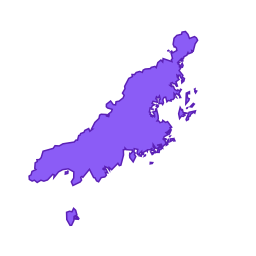 Dinagat Islands, Surigao del Norte, Philippines (Mercator projection), rotated 232°
{"feature_id": "2640588B17428979589921", "entity_name": "Dinagat Islands", "entity_type": "district", "adm_level": 2, "iso_a3": "PHL", "parent_name": "Philippines", "parent_adm1": "Surigao del Norte", "projection": "mercator", "projection_center": [125.572, 10.162], "detail": "fine", "context": "isolated", "style": "filled", "palette": "violet", "viewbox_px": 256, "rotation_deg": 232, "n_neighbors": 0, "source": "geoboundaries", "source_scale": "gbopen_adm2", "svg_char_len": 5943}
<svg xmlns="http://www.w3.org/2000/svg" viewBox="0 0 256 256"><g transform="rotate(232 128 128)"><path d="M148.1,225.1L149.8,225.9L148.4,226.7L152.9,232.6L154.3,236.9L156.9,237.4L159.1,236.7L160.7,231.6L164.9,232.9L168.7,232.7L170.3,229.6L168.9,227.9L170.9,223.5L170.4,219.6L166.2,215.1L163.3,214.3L163.0,215.2L161.2,215.4L159.0,214.2L160.1,207.9L155.4,205.9L155.1,204.2L153.3,203.5L161.1,198.4L158.7,196.0L161.3,195.8L161.2,191.8L158.2,187.4L159.9,187.2L161.5,183.6L161.0,182.3L163.9,177.8L164.3,175.6L163.0,173.5L165.4,172.0L166.7,168.6L166.1,166.0L167.7,164.1L165.8,163.1L166.6,159.1L162.9,151.0L160.8,149.8L158.9,145.1L156.1,145.1L154.7,142.6L154.7,137.5L156.1,134.8L153.9,132.4L155.5,130.8L160.0,130.9L160.0,125.6L158.1,124.0L156.4,124.2L152.4,127.0L151.1,125.0L151.0,119.9L149.9,121.1L148.9,119.8L150.7,118.4L152.1,119.1L155.4,115.3L155.6,113.6L153.4,111.0L152.8,105.3L149.6,98.5L148.9,99.3L148.9,95.9L151.8,96.7L152.7,92.5L151.7,90.6L152.8,87.3L151.9,85.6L152.4,84.5L149.5,80.7L150.5,79.7L150.1,76.9L155.6,67.0L156.2,62.8L159.0,59.6L158.0,56.5L162.0,46.8L158.1,41.3L157.7,38.7L159.1,36.7L157.4,35.9L157.7,33.4L153.6,29.7L151.9,29.9L152.9,25.6L150.8,22.8L151.0,20.4L148.2,18.6L145.2,19.8L144.5,22.1L141.0,22.9L140.5,27.2L137.9,29.0L136.6,32.6L137.8,40.1L136.4,40.9L134.5,39.0L136.2,46.2L135.4,50.9L132.6,55.8L126.8,58.3L122.0,54.4L120.5,50.2L116.6,49.2L114.9,57.0L115.5,59.3L118.3,60.4L118.2,61.9L116.9,62.1L119.2,72.2L110.1,70.4L109.1,71.3L105.7,70.7L103.7,71.7L105.4,76.4L103.7,79.6L104.1,81.9L107.0,82.8L105.2,84.4L109.0,85.3L109.7,83.4L111.1,83.0L111.5,83.8L110.2,85.2L111.8,86.1L109.2,87.5L106.1,87.4L108.3,88.9L105.2,89.4L106.4,98.3L103.7,98.0L103.1,99.5L109.5,107.9L113.7,110.9L112.8,112.4L114.0,113.3L111.8,113.5L108.0,117.8L106.5,116.8L106.1,114.1L106.9,113.8L105.6,112.5L103.5,111.2L98.1,111.2L100.7,116.6L103.2,116.8L103.8,118.3L105.5,118.0L107.9,120.2L105.1,122.5L102.5,119.4L100.6,119.5L101.2,124.4L98.5,122.5L98.8,120.1L97.6,121.0L98.6,121.9L98.0,123.5L99.4,124.5L98.8,128.9L97.7,128.8L98.8,130.0L97.2,132.1L97.3,134.7L95.9,132.3L94.7,134.7L95.3,136.5L97.6,136.2L99.5,137.7L95.4,137.4L93.6,138.3L94.2,141.7L95.6,141.9L96.6,140.2L95.0,143.7L93.3,142.1L92.6,142.4L93.3,143.6L92.3,143.1L92.3,142.4L93.5,140.4L91.1,135.7L89.6,137.5L91.5,139.6L90.8,140.8L91.6,142.3L90.6,142.8L92.0,143.6L92.3,148.4L95.6,149.4L95.4,151.6L97.2,148.3L97.1,150.1L97.8,149.2L98.9,151.3L98.1,155.7L101.0,155.1L100.5,157.3L97.9,157.3L100.2,161.4L100.1,157.9L100.8,157.9L101.2,161.2L102.3,161.3L101.8,162.9L108.7,163.1L109.2,161.1L112.6,160.1L111.6,159.0L112.5,156.5L114.8,156.6L115.7,155.3L116.4,157.4L119.2,159.3L125.6,162.2L126.0,161.4L124.1,160.0L125.3,157.4L122.4,157.2L121.3,156.5L122.6,156.1L122.1,156.0L122.1,155.5L121.6,155.4L123.4,154.8L122.1,154.0L123.3,153.3L124.7,154.6L124.5,154.2L125.4,153.8L126.4,155.4L127.5,154.7L130.2,157.9L129.3,158.7L130.5,160.7L130.0,163.3L132.6,162.1L133.6,164.2L130.3,166.9L132.8,168.5L133.9,167.9L135.1,169.7L133.1,170.2L133.1,170.7L133.5,171.4L133.9,172.5L130.9,171.2L131.1,170.1L128.1,167.3L126.8,169.7L125.1,169.7L126.0,171.5L128.9,172.9L129.9,175.3L129.1,176.7L124.7,174.8L124.9,176.6L122.7,178.6L123.9,179.3L122.7,181.1L123.1,182.9L126.9,185.6L124.9,185.7L125.3,187.6L121.0,188.3L120.1,187.5L119.6,188.3L123.9,189.4L125.5,193.6L126.2,193.2L125.1,191.4L127.4,190.8L127.0,189.7L129.6,188.5L132.8,189.4L133.8,187.8L134.8,187.8L135.0,187.5L135.3,187.6L135.4,187.4L135.9,187.3L135.0,188.9L137.0,189.1L136.5,191.0L135.1,190.9L134.1,192.2L130.9,192.0L130.6,192.8L134.9,194.3L134.8,198.2L137.8,198.2L139.4,199.1L137.7,199.5L138.5,200.3L137.6,201.6L136.2,200.7L131.3,200.6L132.3,199.4L130.4,198.2L130.6,201.0L132.3,203.0L134.7,202.0L135.7,203.7L141.8,203.6L143.0,207.1L144.4,206.1L146.0,207.4L147.8,206.9L147.9,208.8L149.1,207.8L149.8,213.0L148.8,214.7L149.7,216.1L149.1,219.2L150.5,221.7L149.2,221.4L148.1,225.1ZM93.6,23.4L87.0,22.4L86.1,23.7L88.4,28.3L91.5,31.1L91.3,32.3L90.8,31.2L90.5,31.2L90.9,34.2L95.4,36.1L98.2,35.7L96.5,32.3L98.4,30.7L99.4,27.7L93.6,23.4ZM103.7,174.5L104.5,177.5L103.1,178.6L103.0,180.6L104.6,180.1L103.4,183.6L106.3,181.0L108.9,182.2L109.1,181.3L112.1,181.8L108.1,176.7L103.7,174.5ZM111.3,188.3L112.2,192.8L113.3,194.3L115.2,193.5L118.5,195.7L117.1,197.6L118.8,198.8L119.6,195.4L111.3,188.3ZM97.9,178.7L97.5,180.8L99.5,182.7L99.2,184.5L100.2,185.6L100.0,189.5L98.6,189.8L100.0,191.7L102.8,185.8L99.1,179.1L97.9,178.7ZM107.2,194.6L106.5,190.1L105.1,191.3L106.0,195.0L107.2,194.6ZM130.3,50.2L129.3,52.6L131.3,54.6L130.8,53.2L131.9,51.6L130.3,50.2ZM89.5,29.5L86.6,32.7L86.9,33.5L89.2,33.6L89.5,32.5L88.1,33.1L89.5,29.5ZM144.3,207.0L142.4,208.3L143.4,209.9L145.7,210.6L144.3,207.0ZM91.3,153.1L90.8,156.0L91.6,157.5L93.2,154.8L91.3,153.1ZM90.8,147.6L90.6,149.2L91.8,149.4L91.7,150.5L93.6,151.5L92.8,149.9L91.9,150.5L92.9,149.4L90.8,147.6ZM148.0,211.0L147.1,212.5L148.5,213.6L149.0,211.4L148.0,211.0ZM86.1,123.4L85.1,125.3L85.5,126.2L87.2,124.4L86.1,123.4ZM94.7,131.1L92.2,130.7L92.1,131.6L92.4,133.4L93.0,133.7L93.0,132.4L94.7,131.1ZM114.0,202.8L114.8,204.9L116.3,203.9L115.7,203.1L114.0,202.8ZM127.6,163.5L126.1,164.0L126.6,165.5L127.7,165.4L127.0,164.0L128.3,164.3L127.6,163.5ZM161.6,208.5L161.1,209.1L160.4,209.6L161.7,209.8L161.6,208.5ZM164.2,207.8L164.5,206.4L163.6,207.8L164.2,207.8ZM117.7,204.3L116.6,203.9L117.6,204.9L117.7,204.3ZM100.7,155.4L99.8,155.4L99.2,155.9L100.0,156.3L100.7,155.4ZM89.4,156.4L89.0,157.1L89.9,157.3L89.4,156.4ZM96.3,125.7L95.7,123.8L95.5,124.6L96.3,125.7ZM92.4,133.6L91.7,134.4L92.8,135.2L92.9,134.7L92.4,133.6ZM107.3,185.8L107.1,186.7L107.4,187.4L107.6,186.9L107.3,185.8ZM93.8,152.2L92.9,152.2L93.9,152.9L93.8,152.2ZM127.8,158.6L127.1,159.1L127.7,159.3L127.8,158.6ZM98.0,123.6L97.5,123.9L97.9,124.2L98.0,123.6ZM99.7,120.9L99.1,121.1L100.1,120.9L99.7,120.9ZM94.4,134.2L93.5,134.5L93.5,134.8L94.4,134.2ZM96.0,155.0L95.4,155.7L95.6,156.2L96.0,155.0ZM123.1,185.1L122.7,184.8L122.3,185.0L123.1,185.1Z" fill="#8b5cf6" stroke="#5b21b6" stroke-width="1.5"/></g></svg>